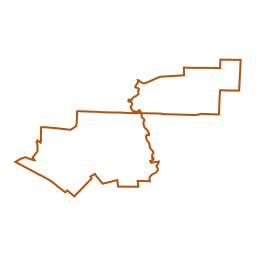 Galbinasi, Calarasi, Romania
{"feature_id": "2599482B621131645392", "entity_name": "Galbinasi", "entity_type": "district", "adm_level": 2, "iso_a3": "ROU", "parent_name": "Romania", "parent_adm1": "Calarasi", "projection": "equal_earth", "projection_center": [26.45, 44.33], "detail": "fine", "context": "isolated", "style": "outline", "palette": "amber", "viewbox_px": 256, "rotation_deg": 0, "n_neighbors": 0, "source": "geoboundaries", "source_scale": "gbopen_adm2", "svg_char_len": 3889}
<svg xmlns="http://www.w3.org/2000/svg" viewBox="0 0 256 256"><path d="M149.8,181.2L149.8,180.1L149.6,178.8L149.5,178.0L149.7,177.0L150.3,176.4L151.7,174.8L151.9,174.7L152.6,174.2L153.6,173.7L154.7,173.2L155.3,173.0L156.4,172.1L157.3,171.1L157.7,170.3L157.8,169.6L157.9,168.9L157.5,167.8L156.6,166.6L156.4,165.9L158.2,163.5L158.8,161.8L158.8,161.5L152.2,162.6L150.9,162.7L150.3,160.9L151.6,160.5L153.4,159.6L152.6,158.5L152.3,158.2L153.2,157.6L152.7,157.2L152.4,156.8L152.1,156.1L151.9,155.8L151.9,155.5L152.3,154.8L153.1,153.6L153.4,152.9L153.3,152.0L152.3,150.6L150.9,149.1L150.4,148.5L149.9,147.2L149.3,144.3L148.9,142.8L148.4,142.0L147.5,141.1L147.0,140.4L146.7,139.6L146.2,138.1L146.1,137.2L146.1,136.1L146.7,134.8L148.8,135.3L149.1,135.0L149.2,134.7L149.3,134.1L148.6,132.6L148.2,132.0L147.8,131.4L147.5,130.5L146.5,129.5L144.6,127.6L144.3,127.2L144.1,126.5L143.6,124.6L143.5,123.9L143.4,123.2L143.3,122.6L144.0,121.2L144.4,120.4L143.9,119.0L143.8,118.8L142.7,118.1L141.8,117.2L141.8,115.9L141.5,115.1L141.4,114.3L141.2,113.2L158.2,113.5L161.9,113.7L163.6,114.2L168.0,114.2L168.8,114.4L169.0,114.4L169.5,114.3L170.6,114.3L196.5,115.1L197.1,114.7L197.7,114.6L198.5,114.7L199.0,114.5L199.8,114.0L200.3,113.8L200.7,113.8L210.8,114.2L218.9,114.5L219.2,109.0L219.5,98.3L219.6,97.1L219.8,94.8L220.0,90.3L229.9,90.5L239.2,90.6L239.2,88.0L239.4,85.4L239.5,84.4L239.7,79.2L240.3,67.9L240.6,59.9L220.4,59.6L220.1,68.1L215.6,68.0L210.1,67.9L199.5,67.9L190.4,67.8L185.2,67.6L183.9,67.6L184.0,75.3L160.6,76.7L158.1,77.5L157.7,77.7L154.2,79.3L148.5,81.8L145.9,82.9L144.3,83.3L143.5,83.3L143.1,83.2L142.5,83.0L141.9,82.7L140.2,81.7L139.0,80.6L138.6,80.4L137.9,80.2L138.0,80.5L138.0,81.4L137.8,82.7L137.0,83.9L136.0,85.3L135.3,86.4L135.2,87.0L135.4,87.3L136.8,87.7L137.8,88.2L138.4,88.4L139.0,89.2L138.9,89.7L138.3,90.4L138.2,90.9L138.5,93.9L138.3,94.2L137.1,95.3L135.9,96.0L134.7,96.7L133.8,97.1L133.3,97.5L132.8,98.0L132.5,98.6L132.1,99.5L131.8,99.7L131.3,99.9L130.7,99.8L129.6,99.5L129.1,99.5L128.7,99.9L128.4,100.2L128.3,100.7L128.3,101.0L128.5,101.2L128.8,101.5L129.5,101.6L130.4,101.8L131.2,102.1L131.6,102.5L131.9,103.1L132.1,103.8L132.1,104.6L131.8,105.2L131.4,105.7L130.6,106.8L130.6,107.2L130.8,107.8L131.9,109.5L132.4,110.3L132.9,111.0L133.5,111.3L134.0,111.4L134.6,111.4L135.5,111.5L136.2,111.7L137.2,111.9L137.8,111.9L138.1,111.8L138.3,111.6L138.3,111.3L138.4,110.9L138.7,110.5L138.9,110.3L139.3,110.2L139.5,110.2L139.7,110.3L140.3,111.2L140.6,111.7L140.8,112.5L140.8,112.9L139.9,113.1L137.1,113.2L132.9,113.1L131.3,113.2L127.5,113.0L123.7,112.8L122.7,112.7L121.6,112.6L114.6,112.5L108.3,112.4L107.5,112.4L107.4,112.4L106.5,112.4L106.2,112.3L101.8,112.2L100.8,112.1L98.6,112.0L97.4,111.8L95.4,111.8L93.1,111.7L89.4,111.6L86.9,111.5L81.2,111.3L77.3,111.2L77.1,111.4L77.0,115.0L76.7,123.2L75.9,126.2L73.1,128.2L70.8,129.6L70.6,129.8L62.4,128.9L58.6,128.4L50.6,127.7L46.3,127.3L41.3,127.2L41.1,127.2L41.0,129.1L41.0,130.7L41.0,132.0L40.9,133.0L40.9,134.1L40.9,135.0L40.9,138.1L40.9,140.1L40.9,140.6L40.9,141.1L41.0,141.7L40.8,142.1L40.5,142.5L40.4,142.7L39.9,142.3L37.6,140.4L36.5,141.6L37.0,142.8L37.5,145.2L37.5,147.6L37.5,151.3L36.8,152.2L34.6,155.0L32.7,157.5L34.5,160.2L33.4,160.1L31.8,159.5L29.2,158.7L28.6,158.5L27.9,158.3L27.3,158.0L26.4,157.5L26.1,157.4L25.7,157.3L25.4,157.3L25.2,157.3L24.9,157.3L24.7,157.4L23.2,158.1L22.3,158.4L22.1,158.5L21.9,158.5L21.4,158.5L21.1,158.4L18.5,160.1L17.8,160.5L16.0,161.5L15.4,161.9L17.1,162.8L19.6,164.2L21.1,165.0L26.7,168.0L35.4,172.6L37.9,173.9L38.4,174.4L39.0,174.6L39.7,174.8L47.7,179.1L50.4,180.7L51.6,181.5L56.6,185.5L57.1,186.0L65.3,192.3L67.3,190.4L74.3,196.4L84.4,185.9L91.6,178.5L91.5,178.3L90.9,177.5L90.4,176.6L94.9,173.9L96.0,175.6L97.3,177.4L98.4,178.7L100.7,181.3L102.4,183.1L102.8,183.7L117.3,180.1L118.1,186.6L138.3,186.7L137.6,180.9L140.7,181.0L148.1,181.1L149.8,181.2Z" fill="none" stroke="#b45309" stroke-width="2"/></svg>